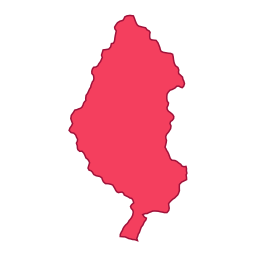 outline of Itaipé, Minas Gerais, Brazil
{"feature_id": "56859067B82084481875412", "entity_name": "Itaipé", "entity_type": "district", "adm_level": 2, "iso_a3": "BRA", "parent_name": "Brazil", "parent_adm1": "Minas Gerais", "projection": "orthographic", "projection_center": [-41.656, -17.418], "detail": "fine", "context": "isolated", "style": "filled", "palette": "rose", "viewbox_px": 256, "rotation_deg": 0, "n_neighbors": 0, "source": "geoboundaries", "source_scale": "gbopen_adm2", "svg_char_len": 3288}
<svg xmlns="http://www.w3.org/2000/svg" viewBox="0 0 256 256"><path d="M88.6,91.1L87.5,93.5L86.1,95.3L85.7,98.4L85.8,100.5L84.6,101.7L83.6,103.2L83.0,105.2L81.9,107.2L80.5,108.3L78.8,108.8L77.0,109.6L74.8,110.1L73.5,112.3L72.4,113.8L71.3,115.4L70.8,118.6L71.8,121.5L72.6,123.6L71.4,126.0L69.9,128.1L69.1,130.4L71.0,132.5L73.9,133.2L75.7,135.0L76.6,137.4L77.6,139.1L77.4,141.2L76.4,143.1L77.3,145.8L77.4,148.1L77.9,149.7L79.7,151.3L82.0,151.2L83.8,153.1L85.0,155.5L85.9,157.9L87.6,159.2L88.8,160.8L89.6,162.8L88.7,165.7L88.0,168.1L89.1,170.2L90.9,170.7L92.3,172.0L93.8,174.5L96.1,175.7L98.0,176.1L99.9,176.5L101.8,177.8L102.4,179.7L103.4,181.8L105.4,183.6L108.2,183.7L111.0,184.3L112.8,185.1L113.7,186.6L114.8,188.4L115.6,190.1L116.7,191.7L118.4,192.6L120.4,192.2L122.1,192.1L123.6,193.2L124.2,194.9L125.9,195.8L128.3,196.9L129.9,198.0L131.7,198.4L133.0,200.3L133.7,202.9L131.7,204.6L130.5,206.4L131.2,208.4L132.7,210.0L133.3,212.0L132.7,215.2L131.6,217.5L130.4,219.2L129.1,220.6L128.2,222.3L127.2,223.6L125.7,224.9L124.2,226.7L123.1,228.5L122.4,230.4L121.3,232.2L120.3,234.4L120.2,236.5L122.3,236.7L125.2,236.9L127.4,237.9L128.9,238.6L130.6,238.9L132.6,239.5L135.0,239.7L137.5,240.6L136.8,238.4L137.7,236.2L138.3,234.0L139.3,232.6L140.2,230.0L141.2,227.2L142.9,225.0L144.2,222.0L145.9,219.9L146.4,218.1L144.4,217.1L142.7,214.6L145.1,213.6L147.2,213.5L149.1,212.5L151.0,211.8L152.6,211.1L154.9,211.0L158.1,211.2L160.6,211.8L162.5,212.1L164.4,212.6L166.9,212.6L168.7,210.5L169.2,208.2L168.8,205.7L168.6,203.6L170.0,201.8L171.5,200.3L173.0,199.0L174.6,198.0L175.9,196.7L177.7,194.9L178.5,193.3L179.4,190.7L179.3,187.7L179.4,184.4L181.6,182.1L184.6,180.6L186.6,179.6L186.5,177.3L186.1,175.0L186.9,173.2L186.4,170.9L186.5,168.6L186.0,166.4L184.0,166.7L182.1,166.2L180.7,164.3L178.6,162.9L176.8,161.4L174.9,160.5L171.8,160.2L170.3,158.6L169.4,156.1L168.6,153.9L167.7,152.0L166.6,150.4L165.9,148.7L165.0,147.2L165.6,145.1L166.2,142.5L166.5,140.3L165.9,138.5L165.7,136.6L166.6,134.3L168.7,131.8L170.6,128.7L171.0,125.9L169.9,123.5L170.6,121.5L172.3,120.3L173.6,118.6L173.8,116.5L172.6,114.5L170.5,112.7L168.4,111.2L167.2,109.4L167.0,107.4L168.1,105.2L168.5,103.0L167.2,101.1L166.8,98.8L166.8,96.2L167.1,94.0L168.2,92.2L170.0,90.2L172.4,89.4L175.0,88.0L176.8,86.2L178.8,86.1L180.5,87.1L182.2,87.7L183.6,86.3L184.5,83.7L183.8,81.1L182.9,79.3L182.5,77.1L180.5,75.2L178.7,73.6L178.5,71.7L178.8,70.0L177.9,67.5L175.4,65.7L174.4,63.5L173.9,61.8L173.5,59.6L173.2,56.9L172.6,54.3L170.7,53.4L168.3,53.2L166.1,52.8L163.2,52.3L161.1,51.3L160.3,49.6L159.8,47.5L158.9,45.2L158.0,42.9L156.1,40.4L153.3,40.1L151.4,39.8L150.0,38.8L149.7,37.0L149.7,34.4L150.1,32.3L149.1,30.9L147.0,29.8L145.6,27.8L142.5,27.1L140.3,26.5L138.7,26.1L137.3,25.0L136.3,23.3L135.4,21.2L134.6,18.9L133.4,15.9L130.0,15.4L126.8,15.9L124.8,16.9L123.9,18.9L122.8,20.4L119.9,21.2L117.5,22.7L115.9,24.9L114.6,27.1L114.9,28.9L116.3,30.8L115.8,33.1L115.3,35.5L114.9,37.9L114.7,39.7L114.4,41.4L113.4,43.2L111.4,43.6L110.6,47.0L108.7,49.1L105.6,49.6L103.1,49.9L102.4,52.3L101.5,55.1L102.3,57.5L101.5,59.3L100.7,61.2L99.7,62.6L98.6,64.1L97.9,65.7L96.0,67.0L93.6,67.3L92.4,69.1L91.8,71.2L91.9,73.5L93.5,75.4L93.9,78.3L93.5,80.5L92.4,81.8L91.7,83.7L91.0,85.5L90.7,87.2L89.6,88.9L88.6,91.1Z" fill="#f43f5e" stroke="#9f1239" stroke-width="1.5"/></svg>